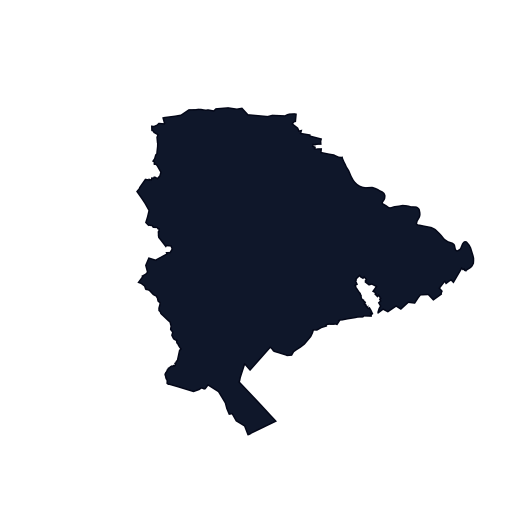 Kocēnu pag., Kocenu, Latvia, rotated 313°
{"feature_id": "27541924B79657792070029", "entity_name": "Kocēnu pag.", "entity_type": "district", "adm_level": 2, "iso_a3": "LVA", "parent_name": "Latvia", "parent_adm1": "Kocenu", "projection": "orthographic", "projection_center": [25.269, 57.512], "detail": "fine", "context": "isolated", "style": "filled", "palette": "ink", "viewbox_px": 512, "rotation_deg": 313, "n_neighbors": 0, "source": "geoboundaries", "source_scale": "gbopen_adm2", "svg_char_len": 6134}
<svg xmlns="http://www.w3.org/2000/svg" viewBox="0 0 512 512"><g transform="rotate(313 256 256)"><path d="M222.0,125.0L220.3,133.2L218.9,139.0L216.4,146.8L210.6,150.1L205.4,152.6L205.2,156.3L205.4,156.3L207.6,159.7L207.0,160.7L207.1,161.4L209.6,164.4L209.6,164.7L209.1,165.6L209.8,166.5L207.7,168.4L207.2,168.1L206.5,168.7L205.8,169.5L204.4,170.8L203.3,172.3L202.9,175.1L201.5,183.5L202.5,183.3L205.4,186.9L204.6,188.9L203.9,190.0L199.9,190.9L197.4,188.4L196.9,189.6L185.0,185.6L184.8,185.8L184.6,185.8L181.4,179.1L174.0,181.8L170.2,187.8L167.5,187.8L163.8,186.6L163.7,187.3L156.6,188.1L157.7,190.7L158.1,194.8L158.0,195.3L156.6,197.8L156.6,198.4L157.6,199.9L158.2,201.4L157.8,207.2L158.8,210.8L158.3,211.5L158.0,212.8L156.9,214.2L156.2,215.5L156.5,217.4L156.3,217.9L155.1,218.8L151.7,220.6L150.0,222.3L150.0,223.7L149.8,224.4L149.1,225.7L149.1,226.6L149.0,227.0L149.1,227.3L149.0,236.0L149.1,237.5L149.0,238.4L148.8,238.8L147.9,240.0L147.1,241.4L146.2,242.4L145.2,242.8L144.1,243.7L143.8,245.1L143.8,245.9L143.7,246.1L143.6,246.8L143.4,247.2L140.7,248.5L140.2,249.7L140.0,250.5L139.7,250.9L139.3,252.5L139.7,254.5L140.4,255.7L139.1,256.5L138.5,257.7L138.4,258.2L138.6,258.8L138.3,259.6L138.1,259.6L137.4,261.8L136.9,264.6L134.9,264.5L126.2,269.7L124.6,269.7L122.8,270.4L122.4,270.0L122.1,270.1L122.1,270.5L121.7,271.1L120.9,271.5L120.7,271.3L120.1,271.5L119.7,271.0L119.7,270.5L118.4,270.2L118.2,269.6L117.9,269.4L116.5,269.0L115.0,269.0L114.7,268.7L114.1,268.5L112.9,269.0L112.0,268.9L111.8,269.2L110.3,269.5L109.9,269.8L109.2,269.6L108.8,269.9L107.9,270.0L107.7,270.3L107.1,270.5L106.7,271.6L105.8,272.6L105.7,273.7L105.2,273.7L105.0,273.9L105.2,274.2L105.0,274.7L104.2,276.2L102.3,277.8L102.4,278.2L102.3,278.4L102.6,278.7L102.6,279.2L102.5,279.4L103.2,280.2L107.2,288.1L114.3,302.7L119.5,305.4L121.9,305.9L122.4,306.2L123.1,307.6L123.4,308.7L124.3,309.3L129.0,308.8L131.3,321.1L127.7,333.8L124.6,338.7L122.1,344.3L124.5,346.1L122.0,354.0L124.0,363.6L119.9,372.0L120.4,372.4L122.3,373.1L122.4,372.9L148.7,383.1L149.3,374.4L149.6,370.6L150.6,357.0L152.3,329.6L153.5,329.1L156.4,327.3L169.2,321.3L169.4,321.7L168.6,329.4L198.9,328.6L199.1,329.3L199.0,331.6L198.6,333.2L198.7,334.3L204.0,345.2L204.5,346.6L207.8,349.6L211.6,348.7L215.1,349.4L219.7,350.6L224.6,351.4L234.4,350.9L238.2,349.7L241.1,348.3L243.4,351.0L248.4,352.6L252.7,355.1L252.9,354.7L253.4,354.3L254.8,354.9L255.7,355.6L259.4,359.6L260.1,360.0L260.6,360.6L261.2,361.9L265.2,361.2L265.3,360.6L266.9,361.4L268.0,362.5L272.6,365.8L278.6,370.5L280.8,372.0L284.3,375.6L285.9,375.8L290.6,381.2L290.9,381.0L291.1,380.4L291.4,380.1L291.8,380.2L291.8,379.6L292.2,379.1L292.4,380.3L293.2,380.5L294.6,377.1L295.4,374.3L294.1,373.9L294.0,373.6L294.1,372.9L294.5,372.6L294.3,372.6L294.1,371.6L294.6,371.1L294.4,370.6L294.7,370.5L294.7,370.3L295.2,369.6L295.1,369.4L295.2,369.2L294.8,369.0L294.7,368.5L295.0,368.5L295.1,367.8L296.6,367.5L296.6,366.7L296.3,366.1L296.5,365.8L296.5,365.3L297.0,364.8L296.6,363.5L296.7,363.0L296.7,362.3L297.6,360.9L298.9,359.6L298.9,358.5L299.5,358.0L299.7,357.4L299.7,356.8L299.8,355.9L300.5,353.0L300.7,352.5L300.7,351.8L301.0,350.7L301.7,349.6L301.9,349.0L302.0,348.4L304.2,349.2L305.6,345.7L306.8,345.7L307.2,344.8L312.5,345.0L312.1,346.6L312.7,349.4L314.5,349.3L314.1,352.9L312.3,353.0L312.2,353.8L311.6,353.9L312.0,358.3L314.5,359.8L315.9,364.9L310.0,365.7L310.6,367.8L310.2,369.3L309.4,369.2L309.2,372.5L311.0,372.4L310.1,376.1L308.8,376.0L308.1,377.9L305.5,377.7L304.4,381.3L301.6,381.9L298.1,383.6L297.8,384.1L303.8,385.2L305.2,390.4L315.0,392.6L316.0,398.1L326.0,398.9L329.8,404.1L336.2,403.0L339.7,402.7L345.4,408.3L344.9,415.6L354.5,417.5L355.1,416.7L357.1,416.0L357.5,412.0L366.1,411.2L366.4,411.3L365.6,413.7L369.3,414.3L371.6,415.0L371.4,418.3L387.4,414.7L387.3,416.6L388.3,416.8L388.5,417.1L387.9,418.3L387.9,418.6L388.4,419.6L389.0,419.4L394.0,420.7L396.1,420.7L398.9,419.9L400.9,418.3L402.7,416.6L404.2,414.4L408.2,407.4L409.2,404.5L409.7,400.6L409.5,399.8L408.7,399.0L407.7,398.7L405.7,398.9L401.5,400.5L400.3,400.8L397.2,400.0L396.5,399.1L396.5,397.8L397.2,396.5L399.1,393.8L399.4,392.8L399.2,390.9L397.2,386.6L396.6,382.7L396.6,381.5L397.2,377.5L397.4,374.9L397.5,369.2L397.3,368.1L396.3,364.8L392.1,358.1L390.2,354.9L389.1,353.5L388.9,352.8L388.8,351.9L388.9,351.5L389.4,351.0L391.5,349.9L395.4,349.0L396.8,348.4L397.9,347.7L399.3,346.3L401.1,343.8L401.4,342.8L401.4,341.9L401.3,340.8L401.0,339.9L400.3,338.9L397.5,335.8L396.4,333.6L395.3,331.9L392.9,328.8L390.0,326.7L386.3,323.6L383.8,322.2L382.7,321.4L382.2,320.8L381.8,320.0L381.4,316.7L380.6,313.3L380.5,312.8L380.8,312.1L381.6,311.7L384.6,311.2L385.9,310.7L387.5,309.5L388.1,308.9L389.0,306.9L388.9,304.7L387.9,301.6L387.6,299.8L386.7,297.2L385.5,294.5L385.1,294.0L380.6,289.7L378.9,287.2L377.7,284.3L377.5,283.4L377.1,281.0L377.2,277.7L377.6,275.4L378.4,273.0L379.0,271.2L381.5,265.6L382.7,261.1L383.7,258.9L384.6,256.3L386.2,252.7L386.9,251.7L386.4,251.4L384.6,249.2L382.9,244.3L383.0,244.1L380.2,239.9L375.9,232.9L378.8,230.7L376.2,228.0L375.0,227.2L374.4,225.6L375.5,225.3L375.8,224.9L374.8,222.7L376.6,221.7L377.5,223.3L378.3,223.4L379.3,224.4L380.0,224.9L382.0,227.1L384.0,225.0L386.0,223.9L380.4,213.6L381.2,212.9L376.0,205.0L378.6,203.6L376.6,202.3L377.9,199.2L377.3,192.5L379.8,192.1L381.3,193.0L387.0,188.6L386.2,187.3L382.6,183.8L380.7,182.6L378.2,181.7L370.0,172.1L365.9,169.5L354.6,154.9L353.7,154.0L354.4,145.0L350.3,141.9L345.3,134.6L336.3,126.4L333.2,126.2L330.1,121.3L328.4,120.0L327.0,118.0L325.6,115.8L323.8,113.8L321.7,112.1L317.1,107.3L307.9,105.2L303.0,101.5L294.7,94.6L293.6,93.9L290.6,98.8L290.0,98.8L286.7,94.6L284.3,94.5L281.1,93.1L279.8,91.3L277.4,93.7L277.5,93.7L276.9,97.2L277.1,97.3L277.0,97.7L277.9,101.6L275.3,102.7L271.8,106.6L271.5,107.2L269.0,109.4L264.3,112.9L263.4,113.8L261.5,113.8L258.0,115.6L255.2,116.0L255.6,117.6L254.5,118.3L253.8,119.1L254.8,120.0L254.8,121.9L252.5,129.3L249.1,131.1L245.2,131.1L245.1,130.0L244.8,128.6L244.2,127.8L242.7,128.1L242.1,126.7L240.3,127.5L240.0,127.2L239.6,126.8L239.2,125.7L238.7,126.1L236.6,122.9L226.8,124.3L225.8,124.8L222.0,125.0Z" fill="#0f172a" stroke="#020617" stroke-width="1.5"/></g></svg>